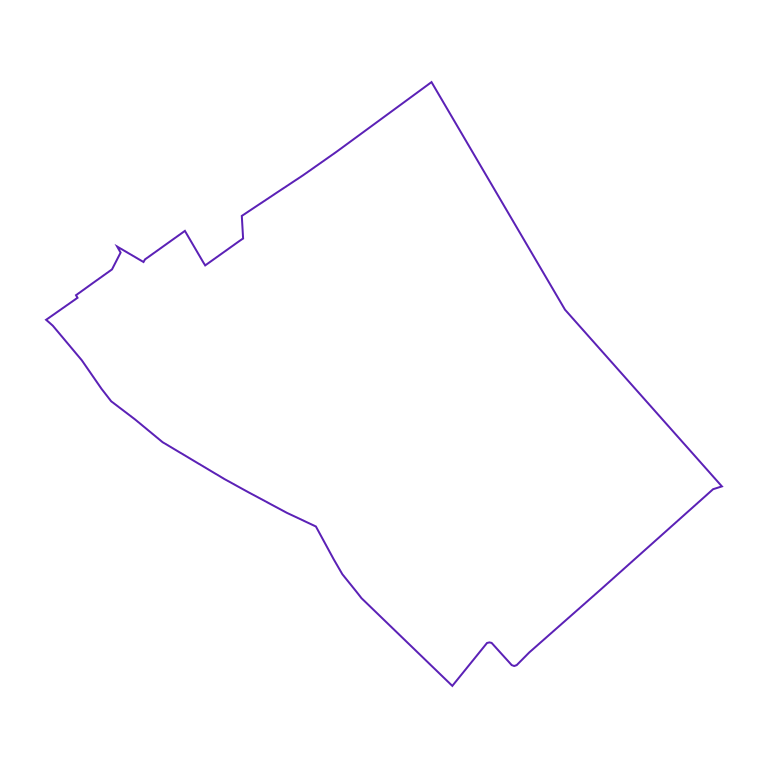 the district of Malvinas Argentinas, Buenos Aires, Argentina
{"feature_id": "61730980B61518535175442", "entity_name": "Malvinas Argentinas", "entity_type": "district", "adm_level": 2, "iso_a3": "ARG", "parent_name": "Argentina", "parent_adm1": "Buenos Aires", "projection": "equal_earth", "projection_center": [-58.734, -34.486], "detail": "fine", "context": "isolated", "style": "outline", "palette": "violet", "viewbox_px": 768, "rotation_deg": 0, "n_neighbors": 0, "source": "geoboundaries", "source_scale": "gbopen_adm2", "svg_char_len": 695}
<svg xmlns="http://www.w3.org/2000/svg" viewBox="0 0 768 768"><path d="M356.5,591.8L361.5,598.2L452.3,685.9L487.0,643.0L489.4,642.4L491.6,642.9L511.7,665.1L514.1,666.0L516.7,665.1L529.3,652.4L599.8,590.3L713.1,489.2L721.9,486.4L565.0,309.7L431.5,82.1L387.9,114.1L336.6,151.7L303.3,175.1L276.7,192.7L241.8,215.9L243.1,238.5L239.4,241.0L205.2,265.4L203.2,262.2L184.9,230.9L145.0,259.4L143.5,262.0L117.2,246.6L120.6,252.6L112.0,269.4L92.8,283.1L76.0,295.2L77.5,297.8L46.1,319.8L49.1,322.4L52.8,325.7L81.8,360.3L101.5,388.8L111.2,401.3L135.0,419.4L162.6,442.2L224.5,479.1L248.7,492.4L286.8,512.8L315.9,526.5L333.7,559.3L342.4,574.3L356.5,591.8Z" fill="none" stroke="#5b21b6" stroke-width="2"/></svg>